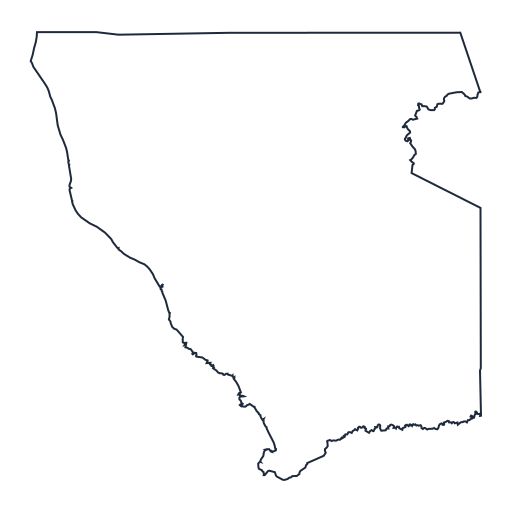 the district of Adelaide Plains, South Australia, Australia
{"feature_id": "25037944B85276451636106", "entity_name": "Adelaide Plains", "entity_type": "district", "adm_level": 2, "iso_a3": "AUS", "parent_name": "Australia", "parent_adm1": "South Australia", "projection": "mercator", "projection_center": [138.456, -34.51], "detail": "fine", "context": "isolated", "style": "outline", "palette": "slate", "viewbox_px": 512, "rotation_deg": 0, "n_neighbors": 0, "source": "geoboundaries", "source_scale": "gbopen_adm2", "svg_char_len": 6042}
<svg xmlns="http://www.w3.org/2000/svg" viewBox="0 0 512 512"><path d="M37.0,32.1L36.7,36.8L35.8,42.1L34.1,48.1L32.7,54.7L30.7,61.1L32.0,63.1L33.4,66.9L45.1,84.0L47.4,87.8L48.8,91.2L50.3,96.8L51.8,99.8L54.9,108.2L56.1,113.3L57.7,125.3L60.5,134.7L62.9,139.7L66.0,147.7L67.0,151.6L68.2,159.4L68.9,160.7L68.3,161.1L68.4,162.4L68.6,163.8L69.3,164.6L68.9,165.3L71.2,179.0L70.8,181.5L69.6,184.6L69.4,186.1L69.7,186.8L71.2,187.9L69.8,188.7L69.5,189.9L72.0,200.6L72.4,201.0L72.1,201.6L72.7,204.1L75.5,210.2L77.8,213.7L81.1,217.3L89.7,223.3L96.7,226.7L105.0,232.6L111.2,239.0L112.8,242.0L117.2,247.7L118.1,248.3L118.6,248.1L118.6,249.5L120.8,251.0L124.1,254.0L130.3,257.8L134.5,259.5L139.3,262.2L144.4,264.3L146.9,266.3L149.5,269.1L152.9,274.1L154.6,278.2L159.7,286.7L160.7,286.9L162.0,284.9L162.8,284.6L163.2,283.9L161.8,286.4L163.3,286.6L160.9,287.1L160.5,288.5L160.7,289.2L161.6,289.5L161.7,291.0L162.2,291.5L162.4,292.8L165.7,300.6L168.1,309.8L169.1,312.5L169.9,313.0L169.5,313.8L169.6,316.5L168.9,319.5L170.4,321.4L170.8,323.5L172.3,327.0L174.3,328.8L176.6,329.6L183.0,336.9L182.7,338.7L182.8,342.4L184.0,342.9L185.8,342.8L184.7,344.8L186.1,344.1L185.4,347.3L187.3,347.7L188.6,348.7L190.7,349.2L193.3,352.7L192.3,353.7L192.6,354.3L193.4,354.1L194.6,352.8L196.2,353.0L196.5,354.8L196.0,356.1L196.4,356.6L202.4,357.5L205.4,359.8L207.6,360.4L207.7,360.9L207.2,361.5L206.6,363.1L210.5,362.8L210.0,364.4L211.1,364.9L211.3,365.9L211.7,366.0L213.9,364.6L212.8,366.1L212.8,366.6L213.9,367.3L213.1,368.3L216.4,370.5L218.3,372.7L219.6,373.2L222.0,373.4L223.0,373.9L223.1,374.6L223.6,374.8L224.6,374.9L226.0,373.8L227.7,373.7L228.0,374.6L232.2,375.8L232.6,375.4L232.7,376.6L233.8,377.7L234.4,377.2L234.4,377.8L233.6,378.0L233.7,378.8L235.9,381.5L238.4,385.8L240.9,392.4L239.1,393.1L238.2,394.7L239.9,394.7L240.0,395.5L241.1,395.7L241.9,396.4L242.8,395.8L243.9,396.3L243.3,396.4L242.7,396.0L241.8,396.6L240.8,396.3L239.4,397.5L239.4,399.4L240.7,400.6L241.5,402.9L242.7,403.8L242.0,404.7L240.6,404.4L239.8,405.0L241.2,406.3L245.0,406.7L246.0,406.3L246.8,405.3L249.0,404.5L249.7,403.9L253.6,406.7L254.2,406.7L254.5,406.0L254.6,407.5L256.8,411.3L257.9,412.2L258.6,413.4L259.7,413.6L259.1,413.7L259.0,414.2L260.5,415.3L260.5,416.5L261.7,418.8L262.5,419.7L263.6,419.0L263.0,420.3L264.3,420.8L263.5,420.9L263.7,422.9L265.5,426.4L266.6,427.2L266.6,428.3L268.3,432.0L273.4,441.9L274.5,444.9L275.3,448.7L276.0,449.0L275.8,450.4L272.6,451.7L271.3,450.8L271.0,451.0L271.4,451.7L270.8,451.5L269.2,449.2L266.9,449.2L265.4,449.6L266.0,449.9L264.8,450.4L263.9,452.3L263.3,456.0L261.0,459.3L260.2,461.4L260.5,461.8L260.0,461.6L258.2,463.6L258.3,466.1L258.7,468.4L259.3,469.1L261.8,470.1L262.4,471.3L263.5,472.0L263.9,474.1L263.7,475.1L264.7,475.1L268.1,471.0L269.3,470.7L274.9,472.2L275.8,475.1L276.7,476.5L282.9,479.8L284.6,479.9L287.6,479.0L289.2,477.7L290.9,477.4L292.3,476.1L296.7,476.0L299.3,474.1L299.6,472.2L300.5,470.8L305.3,467.6L306.1,465.1L307.2,464.1L307.2,463.1L323.7,455.8L325.7,452.8L324.9,450.7L325.1,448.9L326.8,447.5L327.7,446.1L327.4,442.4L327.1,441.6L327.3,440.9L330.0,440.0L331.5,441.0L333.2,440.4L336.0,440.7L338.2,439.6L340.0,439.7L342.1,437.3L342.4,437.3L342.3,438.2L344.7,436.8L344.8,436.5L344.1,435.7L345.1,435.2L345.4,434.4L347.2,434.4L348.4,432.3L349.8,432.1L351.7,432.9L352.7,431.0L354.5,430.0L355.1,429.1L357.2,430.4L358.2,428.6L358.0,427.8L359.0,426.8L359.9,426.8L361.1,427.8L362.7,427.3L363.3,426.3L364.6,426.8L364.9,427.1L364.8,428.2L366.0,428.8L365.5,430.7L369.0,432.8L370.2,431.0L371.5,430.1L373.2,431.2L373.7,431.0L374.6,428.9L375.5,428.2L375.2,427.1L377.3,427.2L377.7,425.4L378.5,424.5L379.7,424.7L380.2,425.4L380.1,428.6L381.3,430.7L385.7,430.3L386.6,428.5L388.4,428.5L388.1,426.4L389.6,426.2L390.2,425.0L391.2,424.6L392.5,425.0L393.9,426.0L394.1,426.5L393.6,427.8L394.6,427.7L395.9,428.5L396.0,427.6L397.2,426.5L398.3,427.2L399.0,426.9L399.4,428.3L402.3,429.8L402.8,428.0L405.4,427.1L405.6,426.2L405.1,425.6L405.4,425.3L406.8,424.7L408.6,426.1L409.4,424.6L409.9,424.4L410.2,425.4L411.3,425.0L412.1,426.0L413.2,424.2L414.5,424.8L415.4,424.4L416.3,425.5L417.6,425.2L418.6,425.7L420.6,425.2L421.4,426.4L421.5,428.0L422.9,429.0L424.2,427.9L425.1,428.0L427.2,429.5L428.6,428.9L432.7,428.7L434.1,428.0L435.4,428.9L437.3,429.3L438.3,428.1L439.0,425.5L439.9,424.2L441.5,423.4L442.4,423.8L442.6,424.8L443.8,424.9L444.1,424.4L444.0,422.5L445.9,421.9L447.5,420.8L448.8,421.1L449.1,422.4L451.2,422.4L451.8,423.2L452.7,422.2L453.7,422.0L454.8,423.3L457.4,422.5L457.8,424.7L460.9,422.2L462.9,422.1L463.5,421.5L465.4,421.4L466.9,422.4L467.9,420.1L469.5,420.1L470.5,419.1L471.9,418.6L471.8,417.2L470.6,416.6L471.1,415.6L472.4,416.2L473.3,417.9L474.0,417.7L474.9,414.3L476.3,413.8L476.1,413.1L475.2,412.2L475.3,411.7L475.9,411.5L476.9,412.4L477.4,413.8L478.0,414.1L479.6,413.8L480.4,414.4L480.1,415.9L481.0,415.7L480.0,370.6L480.8,368.1L480.5,207.9L411.6,173.1L412.5,164.9L413.6,164.2L413.8,163.3L411.8,161.8L410.2,160.1L411.4,159.4L413.1,157.4L414.3,155.1L415.8,154.0L415.6,151.1L414.9,149.2L412.3,146.3L410.2,143.1L410.9,141.8L411.1,140.4L410.6,139.8L409.7,139.5L410.0,138.5L409.8,137.9L408.2,138.3L408.0,139.0L408.4,140.5L407.2,141.3L405.7,140.7L404.9,139.5L405.0,138.5L405.9,137.7L406.2,136.5L407.0,135.2L410.1,132.6L410.0,131.3L407.5,128.7L406.5,126.1L405.7,126.2L404.4,127.3L402.9,127.2L402.9,126.7L404.1,125.7L405.9,122.7L408.1,121.1L410.1,119.1L411.2,118.9L412.9,119.7L417.2,118.6L416.5,117.0L415.1,115.6L416.9,110.9L418.8,110.4L419.7,109.6L419.0,107.4L419.0,106.1L418.0,105.2L418.3,103.6L419.4,103.5L420.2,104.1L421.5,104.3L422.3,106.2L424.2,106.1L426.8,106.6L428.3,109.2L429.1,109.7L430.7,110.1L434.1,110.1L434.8,109.4L434.9,107.8L436.8,106.7L437.4,104.2L438.8,103.7L442.4,103.8L443.3,102.8L444.3,101.1L443.9,99.3L444.2,97.9L445.3,96.5L446.5,96.0L447.3,94.8L448.6,93.8L456.3,92.3L461.8,92.0L464.8,94.7L465.2,95.9L467.4,96.7L469.5,98.4L471.7,98.5L473.9,97.8L476.5,97.9L477.2,96.9L477.6,94.4L478.3,92.6L479.5,92.1L481.3,92.2L480.2,91.8L460.3,32.7L229.2,32.8L118.5,34.7L96.1,32.1L37.0,32.1Z" fill="none" stroke="#1e293b" stroke-width="2"/></svg>